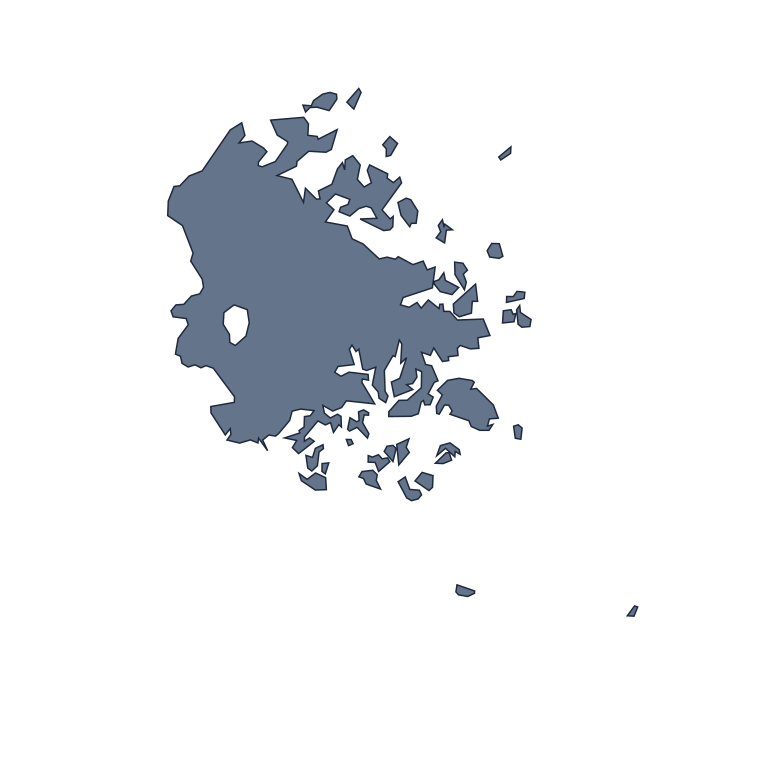 an SVG outline of South Jeolla, rotated 253°
{"feature_id": "KOR-2506", "entity_name": "South Jeolla", "entity_type": "Metropolitan City", "adm_level": 1, "iso_a3": "KOR", "parent_name": "South Korea", "parent_adm1": "", "projection": "albers", "projection_center": [126.652, 34.734], "detail": "fine", "context": "isolated", "style": "filled", "palette": "slate", "viewbox_px": 768, "rotation_deg": 253, "n_neighbors": 0, "source": "natural_earth", "source_scale": "10m", "svg_char_len": 6197}
<svg xmlns="http://www.w3.org/2000/svg" viewBox="0 0 768 768"><g transform="rotate(253 384 384)"><path d="M675.4,324.3L662.4,323.7L656.9,315.9L654.9,328.9L644.9,337.8L640.4,339.9L633.0,328.9L629.6,327.6L627.3,331.0L628.5,345.2L641.6,361.7L643.9,362.7L653.2,354.7L669.5,352.7L662.5,385.2L654.9,387.8L644.1,383.9L640.2,392.6L637.3,392.6L641.0,413.6L623.7,402.2L622.6,396.3L628.6,380.1L622.3,365.9L617.9,364.0L614.6,342.6L606.7,355.8L581.2,360.1L594.2,366.1L580.5,373.4L579.7,377.0L587.8,377.7L590.2,392.5L603.3,402.4L607.9,409.0L600.3,409.0L609.6,412.5L611.5,420.9L600.4,425.3L587.4,418.3L578.2,422.6L580.1,430.8L593.2,430.5L597.7,434.3L583.9,449.0L580.0,447.2L573.8,451.9L577.2,459.5L571.2,459.6L551.1,433.0L540.1,438.1L541.6,441.8L531.8,438.4L529.7,434.7L530.8,428.6L548.8,409.4L544.5,425.7L556.1,423.3L559.2,418.9L559.1,411.1L554.6,400.4L561.9,391.4L565.7,394.2L566.2,402.1L570.6,405.3L579.9,393.1L574.1,381.9L565.3,387.1L556.1,375.3L545.8,395.1L532.1,396.0L524.1,404.9L505.0,416.0L504.4,424.1L500.0,431.4L501.6,434.8L489.7,446.6L490.1,457.4L480.5,458.7L480.9,467.1L461.8,458.4L461.1,427.6L454.9,422.9L450.0,430.5L452.3,439.4L445.7,441.7L451.4,451.0L440.0,458.7L443.9,460.6L443.2,463.7L436.0,462.4L434.2,468.1L423.7,472.9L417.1,497.9L399.4,499.5L400.7,487.2L390.4,485.2L392.3,476.9L398.6,468.2L396.7,464.6L389.6,463.1L391.3,453.4L387.5,452.8L388.4,446.5L403.9,442.1L397.8,436.7L403.4,429.1L390.5,429.5L387.5,434.9L371.3,436.6L370.9,432.5L361.7,423.3L357.1,427.2L350.7,422.1L352.1,416.9L356.7,416.9L355.8,414.2L345.5,408.1L345.2,400.5L351.5,379.0L356.1,380.5L364.0,393.5L361.7,401.5L369.5,418.6L384.8,423.6L389.0,418.8L380.9,417.5L376.0,411.5L376.8,405.5L370.3,409.9L368.8,390.1L383.7,391.6L384.8,400.7L402.6,413.3L399.0,406.1L417.1,412.7L421.6,411.5L406.9,402.7L408.5,400.8L396.8,388.3L376.7,382.9L371.3,384.3L365.7,380.2L371.8,375.1L378.2,376.1L386.4,372.5L402.5,381.1L402.0,371.4L404.5,368.0L424.7,370.1L423.2,366.7L430.6,364.8L427.4,361.1L411.3,361.2L414.2,345.1L409.6,340.3L404.0,345.1L405.5,354.1L397.8,371.6L392.2,370.3L395.1,364.8L392.2,363.3L367.7,369.3L378.9,343.1L373.9,336.6L373.1,327.1L381.4,319.3L373.6,318.5L367.2,322.7L368.7,330.7L365.6,333.4L355.3,330.7L358.3,328.9L352.4,321.5L362.7,321.6L362.0,315.9L368.0,310.0L356.6,292.5L352.5,291.1L354.2,297.0L349.6,300.5L342.4,282.0L349.9,277.8L355.5,284.0L361.5,273.2L361.8,289.1L364.4,289.2L366.2,295.0L376.1,298.4L375.2,304.2L379.0,309.3L384.4,297.0L384.9,288.2L376.7,283.1L367.5,268.9L365.9,265.1L368.9,258.9L365.9,251.6L354.2,253.2L368.9,248.2L364.5,246.2L369.6,239.9L369.7,228.7L376.3,217.5L380.6,222.9L386.3,223.9L381.7,217.3L406.9,210.1L413.1,211.8L410.2,235.5L415.5,237.3L449.0,225.4L453.6,219.2L453.0,213.7L457.6,208.8L457.5,201.7L462.8,196.9L470.0,197.5L473.6,193.3L487.8,200.5L497.8,214.1L504.4,214.0L509.9,202.0L516.2,201.7L520.5,208.2L518.7,215.8L524.4,225.5L524.1,234.2L529.3,239.7L537.3,240.8L558.1,235.1L565.0,239.7L594.4,237.6L608.3,226.4L622.0,231.2L634.3,241.0L633.2,246.7L639.9,258.5L641.0,272.5L671.9,311.2L675.4,324.3ZM499.1,251.8L488.1,247.7L476.6,250.7L468.9,248.7L464.3,253.1L470.2,266.0L481.9,273.0L495.1,275.0L503.5,263.8L499.1,251.8ZM368.9,445.9L367.5,457.5L361.5,469.4L359.3,470.8L353.6,465.4L352.7,471.2L332.0,482.4L317.9,483.3L319.8,474.6L313.5,470.6L313.5,476.2L309.0,470.8L311.7,462.0L317.9,455.0L324.0,454.5L335.8,438.2L338.3,441.3L344.8,439.7L346.2,435.7L339.0,428.0L340.4,425.8L347.5,427.5L356.5,436.6L362.4,433.2L368.9,445.9ZM440.2,473.7L452.8,500.8L435.7,497.7L437.2,492.6L426.2,488.3L426.3,475.6L431.6,471.7L440.2,473.7ZM540.3,449.6L553.5,450.4L555.2,459.5L552.4,463.5L539.5,466.9L528.3,461.7L529.7,457.1L526.8,454.6L540.3,449.6ZM671.3,395.8L675.6,399.5L679.1,409.9L678.7,417.4L675.0,423.3L670.2,422.2L661.5,411.5L668.4,400.7L670.0,394.0L667.0,388.5L674.4,388.0L671.3,395.8ZM311.5,300.8L299.8,298.0L302.7,287.3L315.7,276.7L323.3,276.6L315.3,282.6L318.9,292.6L311.5,300.8ZM356.3,349.5L364.8,351.5L365.2,357.0L361.0,360.9L358.7,360.1L360.2,356.0L353.3,352.2L340.9,355.0L337.1,352.4L350.4,345.6L349.1,337.2L351.5,336.0L361.7,341.6L355.9,346.8L356.3,349.5ZM454.5,483.7L449.6,475.2L455.9,464.8L464.7,461.3L467.4,461.8L467.6,466.9L472.9,473.7L465.1,473.0L454.5,483.7ZM286.4,368.9L288.9,377.1L275.7,377.8L272.1,386.7L267.0,387.5L264.1,382.9L264.4,376.2L268.5,372.4L286.4,368.9ZM299.6,336.8L302.6,332.8L306.7,337.4L304.8,348.0L299.2,351.0L294.2,348.4L284.5,350.0L293.5,337.7L299.6,336.8ZM322.5,378.5L324.3,391.9L317.0,386.7L311.2,388.2L302.3,374.5L322.5,378.5ZM282.2,385.3L288.3,394.6L282.1,404.1L271.0,400.2L269.0,395.8L282.2,385.3ZM308.0,366.9L301.9,353.3L311.6,352.6L313.9,346.0L320.2,348.0L317.5,351.5L318.0,358.0L313.0,360.4L312.3,365.8L308.0,366.9ZM338.0,302.0L325.3,296.4L321.9,289.5L325.9,286.5L338.5,288.5L334.7,294.2L342.5,299.5L343.8,307.9L339.9,307.2L338.0,302.0ZM476.4,494.8L468.5,497.1L465.9,492.0L457.3,492.5L450.6,488.5L467.9,483.9L479.9,487.2L476.4,494.8ZM481.3,521.6L486.9,528.1L484.5,535.3L471.4,535.0L470.5,530.9L474.5,522.2L481.3,521.6ZM416.2,532.5L419.4,536.7L412.5,535.4L402.7,543.5L396.3,540.3L398.0,532.4L401.9,529.7L416.2,532.5ZM613.1,452.7L618.9,461.9L610.0,467.3L600.7,457.2L600.9,452.6L608.2,455.0L613.1,452.7ZM308.6,419.9L308.4,429.9L299.3,436.7L294.5,436.3L298.7,432.4L293.7,430.4L304.5,424.1L300.0,413.5L308.6,419.9ZM664.4,430.9L674.0,446.3L669.5,447.3L655.7,435.5L664.4,430.9ZM419.1,519.5L417.9,527.3L412.9,527.8L412.9,530.6L405.5,526.5L407.7,515.2L419.1,519.5ZM519.8,482.3L524.0,487.9L517.2,487.4L519.1,488.9L511.5,494.5L512.9,488.6L501.2,483.2L508.5,476.6L513.0,482.7L519.8,482.3ZM164.2,392.0L170.6,395.1L159.5,410.2L157.4,409.3L156.3,402.0L160.6,393.6L164.2,392.0ZM429.8,533.2L433.7,538.3L430.6,545.5L424.8,543.1L426.2,525.0L431.8,526.9L429.8,533.2ZM323.6,368.7L322.7,374.6L318.8,376.7L307.2,369.9L319.5,364.5L323.6,368.7ZM299.4,426.2L291.4,426.4L290.6,417.3L293.2,410.0L300.0,423.1L299.4,426.2ZM305.7,495.6L305.8,500.4L301.5,503.2L291.2,498.7L293.7,493.7L305.7,495.6ZM96.6,561.4L88.9,555.2L91.2,548.9L98.5,558.7L96.6,561.4ZM326.0,301.5L324.7,308.1L315.2,301.6L318.6,299.1L326.0,301.5ZM567.5,560.1L573.7,574.7L567.6,572.5L564.1,561.2L567.5,560.1ZM340.5,336.3L336.0,337.0L335.4,332.1L342.0,331.8L340.5,336.3Z" fill="#64748b" stroke="#1e293b" stroke-width="1.5"/></g></svg>